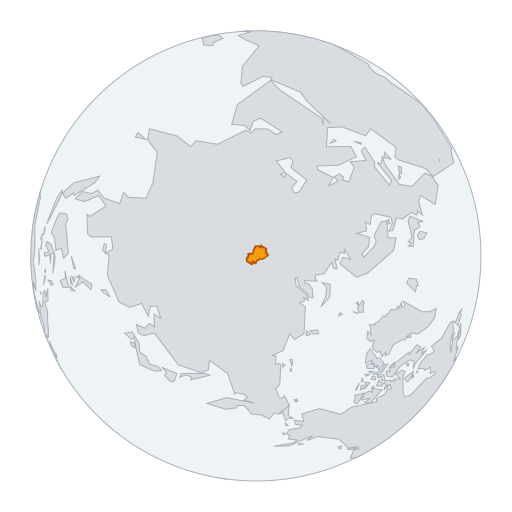 Novosibirsk on an orthographic globe, rotated 136°
{"feature_id": "RUS-2403", "entity_name": "Novosibirsk", "entity_type": "Region", "adm_level": 1, "iso_a3": "RUS", "parent_name": "Russia", "parent_adm1": "", "projection": "orthographic", "projection_center": [80.57, 55.289], "detail": "fine", "context": "on_globe", "style": "filled", "palette": "amber", "viewbox_px": 512, "rotation_deg": 136, "n_neighbors": 0, "source": "natural_earth", "source_scale": "10m", "svg_char_len": 14819}
<svg xmlns="http://www.w3.org/2000/svg" viewBox="0 0 512 512"><g transform="rotate(136 256 256)"><circle cx="256" cy="256" r="225" fill="#eef3f6" stroke="#a8b0b8"/><path d="M315.5,38.7L323.0,41.0L328.5,45.0L320.1,48.7L316.3,46.1L314.7,47.7L319.4,51.2L322.8,53.3L323.6,66.6L337.1,83.3L347.4,87.8L340.3,87.7L364.0,96.3L375.2,106.7L358.8,95.5L354.2,94.9L359.9,102.0L356.5,103.0L357.3,107.1L352.6,107.8L343.4,101.7L340.2,102.1L344.4,107.2L342.5,111.4L336.7,103.8L332.7,110.4L316.5,102.3L304.9,83.1L292.2,80.8L270.2,67.3L268.5,69.9L259.0,67.0L253.5,69.0L251.0,66.3L248.7,70.3L252.0,72.4L252.1,75.0L249.2,76.5L245.5,73.1L246.4,71.9L243.8,71.8L243.2,69.5L241.9,71.5L237.7,67.6L237.4,73.7L230.4,72.5L228.9,69.3L234.8,66.7L246.1,54.2L246.4,50.9L240.8,48.5L218.0,49.6L215.9,47.5L208.8,46.7L207.3,48.9L212.3,50.5L207.7,54.9L214.3,56.7L213.4,58.9L217.9,62.3L211.0,65.0L201.8,66.0L197.7,63.5L193.5,64.0L192.3,69.3L179.8,67.9L163.0,73.1L160.4,72.6L164.6,65.9L177.4,58.1L182.9,50.9L172.9,59.0L166.7,58.4L163.0,59.9L159.6,62.2L159.5,63.9L156.0,64.6L164.5,56.4L167.8,55.6L165.1,58.1L171.1,54.6L176.8,49.8L173.2,50.3L185.6,43.8L183.1,44.1L184.5,43.2L187.5,42.9L182.3,43.5L190.9,40.3L206.1,36.3L221.6,33.4L237.3,31.5L253.1,30.7L268.8,31.1L284.6,32.5L300.1,35.1L315.5,38.7ZM432.9,116.5L433.0,116.7L432.7,116.3L432.8,116.4L432.9,116.5ZM433.7,117.6L433.0,116.7L434.0,118.0L433.7,117.6ZM435.3,119.7L434.4,118.5L434.6,118.7L435.3,119.7ZM437.1,122.4L437.5,123.0L436.5,121.6L437.1,122.4ZM324.9,54.1L319.8,51.3L316.9,47.9L321.5,50.1L324.9,54.1ZM329.9,61.6L326.6,60.3L328.7,58.1L330.0,59.5L329.9,61.6ZM355.5,91.1L352.1,87.6L356.6,90.7L355.5,91.1ZM358.2,107.6L360.3,108.4L359.8,110.2L358.2,107.6ZM221.5,60.6L219.7,61.4L219.8,60.3L221.5,60.6ZM225.1,61.4L226.4,59.6L228.3,59.7L227.4,60.8L225.1,61.4ZM352.2,113.1L350.8,116.0L350.7,111.9L352.2,113.1ZM223.0,63.6L231.5,60.2L234.8,60.5L234.3,65.1L223.0,63.6ZM348.9,117.1L345.6,124.7L350.0,126.9L335.8,125.4L343.3,119.2L342.4,113.6L345.6,116.9L348.9,117.1ZM254.4,72.5L250.7,70.3L256.5,70.8L254.4,72.5ZM258.1,72.2L275.8,70.8L279.7,75.1L273.0,74.5L280.3,79.2L273.6,81.9L268.0,80.0L266.8,76.6L265.1,80.3L258.1,72.2ZM328.5,123.5L326.3,124.6L326.8,122.3L328.5,123.5ZM252.6,76.0L255.9,75.2L259.5,78.8L253.7,81.1L254.4,79.2L252.6,76.0ZM285.6,79.3L287.3,82.5L282.3,85.5L282.2,87.3L273.7,82.4L285.6,79.3ZM252.1,79.1L250.7,82.2L246.3,81.9L249.7,77.1L252.1,79.1ZM262.9,78.9L264.4,80.8L261.7,80.4L262.9,78.9ZM229.8,83.2L233.6,81.9L235.8,83.6L229.8,83.2ZM250.5,83.3L252.0,83.4L253.3,84.0L251.5,86.0L250.5,83.3ZM270.8,85.0L268.4,85.7L274.0,87.1L270.5,89.6L265.5,86.0L266.1,88.7L265.1,89.5L262.2,85.7L270.8,85.0ZM253.7,89.8L246.0,86.5L238.5,88.3L236.3,86.8L248.8,84.1L253.7,89.8ZM258.9,87.7L255.2,88.6L254.3,86.1L256.4,83.9L258.9,87.7ZM269.9,92.7L276.6,89.8L277.5,90.7L269.9,92.7ZM251.6,90.8L253.5,91.6L251.2,91.2L251.6,90.8ZM264.5,92.6L266.7,91.4L267.7,92.5L264.5,92.6ZM255.4,94.4L252.9,93.2L254.2,91.6L255.4,94.4ZM259.7,94.0L260.4,95.8L256.2,91.8L260.5,93.2L259.7,94.0ZM265.0,93.9L266.3,94.1L263.9,94.2L265.0,93.9ZM251.8,101.3L246.2,96.6L249.1,93.0L254.2,98.0L251.8,101.3ZM53.8,355.4L53.3,353.7L50.4,345.7L42.1,316.4L43.6,310.0L42.4,302.1L39.3,295.3L38.5,285.8L37.1,280.7L31.4,250.9L32.5,233.4L40.3,197.9L43.3,195.5L48.8,185.6L73.5,190.2L73.3,201.2L86.6,226.0L87.3,230.9L79.8,236.7L85.0,267.7L93.7,266.5L104.3,288.8L115.2,298.7L129.5,285.6L111.8,269.0L114.6,257.7L133.5,263.9L149.8,278.6L151.5,274.8L146.0,258.9L154.8,256.0L144.7,252.8L145.1,258.7L138.8,257.1L138.1,251.7L141.2,250.8L137.7,244.9L123.7,251.5L122.6,258.2L110.3,248.1L107.2,258.5L102.1,258.7L105.4,241.3L108.9,237.6L110.8,213.7L106.0,216.6L103.9,239.5L102.3,235.2L95.8,240.0L99.5,233.0L103.1,207.9L95.4,197.7L76.8,198.2L74.1,191.3L75.8,180.4L91.3,168.6L95.6,185.5L101.2,182.1L107.8,170.0L108.5,176.3L111.8,173.7L114.1,179.7L124.8,180.6L128.3,186.0L139.6,179.3L143.0,181.4L135.3,184.6L131.9,190.1L141.5,204.0L145.4,204.6L152.0,199.3L153.8,204.1L159.0,197.2L168.0,202.5L161.3,190.4L168.9,184.5L178.2,184.1L179.5,180.2L164.3,180.8L159.4,183.1L157.0,188.5L142.4,193.7L137.6,190.5L148.3,177.3L142.6,171.7L153.5,164.4L187.8,166.2L198.4,171.0L201.1,192.3L194.5,194.6L190.2,188.0L187.6,200.0L190.9,196.2L192.5,200.3L200.1,196.2L201.5,199.0L206.3,190.5L208.9,193.5L205.8,198.9L219.3,195.9L226.6,201.0L229.0,199.0L229.4,195.5L238.4,204.6L239.8,202.7L237.4,199.0L238.4,193.1L243.9,186.4L246.7,189.9L245.1,192.8L246.0,204.4L241.4,211.9L243.1,212.7L247.8,207.0L246.7,192.8L249.2,187.8L250.7,194.3L250.3,191.5L252.4,190.1L257.1,192.2L255.9,185.0L275.4,166.8L286.5,169.3L285.6,176.8L302.2,169.1L313.4,173.4L311.1,169.9L317.5,164.4L314.1,162.9L313.5,160.8L328.3,147.0L334.0,146.8L337.8,137.6L336.7,135.9L332.7,135.5L335.8,125.4L350.0,126.9L351.9,130.6L359.5,129.5L362.8,138.3L369.0,145.4L368.2,156.4L373.2,161.4L375.7,160.4L384.3,166.8L393.7,184.0L375.4,174.4L359.3,151.2L364.9,160.8L360.5,160.1L360.6,164.5L364.9,171.4L367.3,171.3L358.0,191.3L362.0,213.3L369.4,207.2L376.4,209.9L387.5,231.7L382.6,271.1L391.9,276.7L394.1,282.6L389.5,289.9L386.2,281.3L379.5,281.4L378.3,275.7L369.8,285.1L367.8,277.4L362.2,288.8L367.0,293.3L375.2,287.6L371.2,301.3L382.6,306.9L386.5,318.3L376.1,345.6L361.6,358.2L361.2,362.0L354.1,360.5L346.7,370.2L361.4,384.1L361.7,389.2L348.7,403.3L348.0,399.9L329.3,396.0L327.1,408.6L341.4,414.1L346.4,422.7L336.0,422.7L330.8,415.0L324.1,413.3L324.9,403.0L317.6,388.4L307.0,393.5L306.9,386.8L295.1,374.1L279.4,380.2L255.1,399.0L253.2,415.1L244.2,421.4L229.5,397.3L227.0,380.1L219.1,380.6L206.1,363.1L176.1,353.6L174.2,347.9L168.1,348.0L159.3,339.2L157.3,329.6L150.9,327.1L156.9,352.0L164.1,354.8L173.3,350.3L173.4,357.9L182.1,367.5L164.1,377.9L123.4,372.1L123.4,358.8L113.1,309.3L115.7,306.0L115.8,305.5L115.9,304.5L110.9,309.1L110.5,299.3L111.7,332.1L110.2,343.2L122.8,372.4L120.6,373.1L125.9,380.2L147.6,387.0L146.9,390.7L134.2,401.8L107.6,405.0L113.5,419.1L115.5,426.9L104.1,420.9L110.3,427.7L106.7,424.7L94.0,412.6L82.3,399.5L71.7,385.5L62.2,370.8L53.8,355.4ZM58.7,196.3L56.5,198.6L58.7,196.3ZM163.1,303.1L175.5,310.3L176.9,296.1L181.9,297.8L180.5,292.5L177.0,295.0L174.8,281.0L182.7,280.5L184.8,274.7L180.7,272.1L166.6,275.4L169.6,295.3L163.7,298.3L163.1,303.1ZM166.2,58.9L165.4,59.5L161.7,61.7L162.7,60.4L166.2,58.9ZM149.3,74.1L144.1,75.0L148.5,73.3L149.0,71.4L158.9,65.7L159.6,72.1L157.5,70.1L149.3,74.1ZM172.3,60.5L166.0,63.0L172.9,60.0L172.3,60.5ZM127.3,154.2L125.6,158.5L121.1,159.9L116.8,154.1L123.2,151.9L127.3,154.2ZM124.4,164.5L136.3,153.7L139.5,157.2L135.7,157.0L136.6,160.5L130.7,161.1L122.2,175.5L117.6,177.8L112.0,165.1L116.3,167.8L117.6,163.2L124.4,164.5ZM160.9,123.2L166.1,119.5L166.4,131.8L161.5,133.9L156.8,127.9L159.8,122.0L160.9,123.2ZM220.6,72.7L222.5,71.2L223.6,72.0L222.7,74.0L220.6,72.7ZM231.4,82.4L213.0,80.6L214.4,78.6L202.0,80.4L200.7,76.0L208.7,75.0L198.5,73.2L205.2,70.5L197.9,69.9L215.9,68.0L221.5,65.8L215.8,69.9L216.8,73.8L219.0,74.9L229.3,76.5L241.9,74.1L245.0,78.1L243.8,81.5L241.2,82.6L240.0,79.6L237.4,83.3L233.8,79.9L231.4,82.4ZM228.0,124.1L227.7,119.3L221.9,127.8L218.2,123.8L217.8,125.0L212.8,123.7L205.9,124.5L205.1,122.1L202.8,123.4L199.4,122.8L195.9,123.9L193.2,120.1L188.8,121.2L190.1,118.9L183.1,121.9L187.1,118.0L183.1,117.0L181.4,121.3L175.3,100.4L169.7,95.3L162.8,93.2L170.5,87.4L181.9,85.8L193.7,87.4L198.0,93.4L200.7,89.9L203.6,91.9L200.3,93.8L207.1,92.0L208.6,94.2L219.2,96.8L228.1,93.2L232.2,94.3L229.4,96.7L235.4,96.1L233.0,101.6L235.9,102.5L236.3,109.1L229.3,113.6L233.0,114.4L233.5,119.6L228.0,124.1ZM251.7,103.1L244.1,109.1L238.4,109.9L240.0,98.2L237.7,96.6L238.6,89.6L246.9,88.6L245.9,90.7L246.9,92.5L243.9,92.0L247.0,93.8L245.7,96.8L247.7,99.0L244.7,100.2L251.7,103.1ZM91.7,231.4L92.9,234.4L95.6,238.0L91.5,241.2L91.7,231.4ZM93.8,214.2L95.4,216.0L91.0,221.9L89.8,219.0L93.8,214.2ZM100.1,212.2L95.8,215.7L97.4,212.0L100.1,212.2ZM137.2,186.1L139.4,187.9L138.1,189.5L135.2,190.3L137.2,186.1ZM210.0,150.0L210.8,146.7L212.3,146.7L217.9,141.1L221.1,143.9L219.0,148.3L210.0,150.0ZM124.4,285.7L119.0,286.0L118.4,283.0L120.3,283.5L124.4,285.7ZM102.8,263.3L106.0,270.7L101.7,264.1L102.8,263.3ZM214.4,152.1L216.4,149.4L216.8,152.5L214.4,152.1ZM223.8,145.7L224.9,148.8L222.2,143.6L223.8,145.7ZM147.0,444.3L143.3,450.2L134.5,445.1L129.4,440.7L128.5,435.5L137.7,438.9L141.3,437.4L147.0,444.3ZM394.0,420.4L399.2,417.5L398.9,418.1L394.0,420.4ZM388.6,422.1L394.8,418.6L387.3,423.8L388.6,422.1ZM397.2,417.2L403.5,412.2L406.2,409.6L405.6,410.9L397.2,417.2ZM384.3,424.5L359.8,435.8L349.8,438.2L352.4,435.5L368.6,429.5L384.3,424.5ZM351.6,435.7L336.0,435.1L313.0,422.0L321.3,420.7L345.0,425.9L343.5,428.2L353.0,429.7L351.6,435.7ZM388.3,409.1L386.8,415.2L373.5,421.4L367.3,423.3L363.1,418.0L365.5,413.2L370.6,411.2L389.2,388.2L396.0,388.0L390.6,396.9L396.0,399.0L388.3,409.1ZM254.4,416.6L260.2,425.5L255.1,426.8L254.4,416.6ZM395.7,373.7L388.9,384.4L394.8,371.9L395.7,373.7ZM398.6,362.9L399.6,366.1L396.1,364.6L398.6,362.9ZM362.0,367.2L356.6,370.2L356.0,367.6L362.5,362.3L362.0,367.2ZM389.4,327.7L391.2,335.9L390.8,339.2L387.5,335.7L389.4,327.7ZM244.5,174.4L233.1,178.9L227.0,184.5L226.9,191.2L222.2,183.9L231.5,175.3L244.5,174.4ZM271.2,167.2L271.3,161.8L274.5,163.1L274.9,164.5L271.2,167.2ZM269.0,164.7L263.0,160.1L265.1,156.4L269.4,160.7L269.0,164.7ZM238.3,155.6L234.7,156.6L234.5,154.0L238.3,155.6ZM365.9,452.6L365.5,452.3L368.0,451.0L369.9,448.3L393.2,432.2L410.7,414.2L420.4,406.4L429.7,393.2L438.6,383.9L434.1,392.0L441.2,384.2L451.4,365.3L451.2,368.5L442.0,383.2L431.6,397.1L420.3,410.1L408.0,422.3L394.8,433.5L380.7,443.6L365.9,452.6ZM406.9,412.3L414.6,403.5L418.4,400.2L406.9,412.3ZM474.6,310.5L474.2,311.9L474.4,311.2L474.7,310.2L474.6,310.5ZM473.7,313.8L473.0,315.8L473.1,315.3L473.7,313.8ZM461.0,344.6L464.3,341.5L460.7,348.8L457.0,353.0L452.4,362.4L443.0,374.4L445.7,369.4L444.9,367.5L434.1,377.9L431.9,377.7L436.1,372.0L428.4,377.2L436.9,368.1L440.0,369.9L444.6,361.0L451.7,353.1L458.0,345.6L462.3,341.3L461.0,344.6ZM436.2,379.1L437.5,377.7L436.1,380.4L436.2,379.1ZM471.6,318.5L472.6,316.8L472.4,317.9L471.8,319.5L471.6,318.5ZM463.5,338.6L468.4,325.6L469.4,323.4L466.0,334.1L463.5,338.6ZM467.6,325.1L469.5,321.4L470.3,321.4L469.8,322.9L467.6,325.1ZM419.0,390.4L418.5,392.1L416.2,392.9L419.0,390.4ZM422.1,387.2L428.9,382.7L421.3,388.9L422.1,387.2ZM399.6,398.1L401.9,400.2L409.0,393.3L403.5,400.1L408.0,402.3L406.2,405.4L401.9,402.8L399.7,409.8L396.5,411.7L395.1,407.6L398.6,399.0L401.7,394.2L414.3,384.5L399.6,398.1ZM422.2,383.0L420.3,380.4L421.6,376.5L423.7,377.1L422.2,383.0ZM414.1,374.2L408.3,372.6L403.7,377.9L412.6,363.7L416.7,367.7L414.1,374.2ZM408.3,365.5L404.0,370.4L408.1,362.8L408.3,365.5ZM402.6,369.3L401.5,365.7L405.2,363.9L402.6,369.3ZM410.7,364.0L410.6,356.7L412.9,359.5L410.7,364.0ZM398.5,357.6L407.4,359.3L396.8,362.9L393.7,349.5L398.1,346.5L398.5,357.6ZM406.3,281.7L403.8,277.9L407.0,273.9L407.8,277.6L406.3,281.7ZM415.0,258.6L407.0,271.7L400.1,282.4L403.5,282.5L404.1,291.6L397.8,287.5L400.7,274.4L406.4,267.7L404.8,260.3L407.5,251.9L403.2,244.4L403.6,239.0L409.2,243.9L415.0,258.6ZM401.1,241.4L394.5,226.5L401.6,222.7L404.7,225.1L404.7,233.5L400.9,235.0L401.1,241.4ZM395.0,221.9L391.3,223.3L373.9,206.6L372.0,202.2L389.0,212.3L386.4,214.3L389.4,219.2L395.0,221.9ZM328.2,126.1L326.5,124.7L329.0,124.9L328.2,126.1ZM311.4,160.1L311.0,157.3L314.0,157.4L311.4,160.1ZM311.5,149.8L308.5,151.6L310.5,148.2L311.5,149.8ZM301.8,156.1L306.7,151.6L303.7,158.0L301.8,156.1Z" fill="#d9dde1" stroke="#a8b0b8" stroke-width="1"/><path d="M247.0,260.3L247.3,260.0L247.3,259.9L247.4,259.7L247.5,259.6L247.4,259.5L247.4,259.4L247.4,259.2L247.6,259.2L247.3,259.1L247.1,259.1L247.0,259.4L246.8,259.4L246.6,259.5L246.1,259.4L245.9,259.5L245.9,259.8L244.8,260.2L244.9,258.6L245.1,258.5L245.2,258.4L245.2,258.1L245.2,257.9L245.0,258.0L244.9,257.9L244.9,257.6L244.7,257.5L244.5,257.4L244.6,257.1L244.2,257.1L244.2,256.9L244.3,256.7L244.3,256.4L244.2,256.4L244.2,256.2L244.1,255.9L244.1,255.7L243.9,255.4L243.8,255.2L244.0,254.9L244.3,254.7L244.1,254.4L243.9,254.3L244.2,254.1L244.0,253.9L243.9,253.7L244.0,253.7L244.2,253.8L244.5,253.7L244.4,253.4L244.4,253.2L244.9,252.8L245.0,252.6L245.3,252.6L245.4,252.4L245.5,252.3L245.9,252.4L246.0,252.2L246.3,252.2L246.3,252.3L246.5,252.2L246.6,251.9L246.5,251.7L246.3,251.7L246.2,251.3L246.3,251.3L246.4,251.2L246.2,251.0L245.9,251.1L245.8,250.9L246.1,250.7L246.2,250.4L246.4,250.4L246.5,250.3L246.8,250.1L246.7,249.5L246.7,249.3L246.7,249.2L246.6,248.8L246.5,248.1L248.0,248.2L248.2,248.3L251.5,248.6L253.9,249.5L255.3,251.4L255.4,251.5L257.2,251.1L257.4,251.2L257.9,251.7L258.1,252.2L259.0,251.8L259.4,251.8L259.8,251.8L259.9,251.7L260.0,251.6L260.3,251.6L260.6,251.4L260.8,251.5L260.9,251.4L260.8,251.1L261.0,251.0L261.3,251.1L261.4,250.9L261.8,251.3L261.8,251.5L261.6,251.6L261.7,251.8L261.6,252.0L261.5,252.3L261.7,252.2L261.8,252.3L261.7,252.3L261.6,252.5L261.8,252.7L262.0,252.7L261.8,252.9L262.0,253.1L262.1,253.3L262.3,253.5L262.2,253.5L262.0,253.9L261.9,254.1L262.0,254.3L262.1,254.2L262.3,254.1L262.3,254.3L262.4,254.2L262.5,254.2L262.6,254.3L262.8,254.2L262.9,253.9L262.9,253.7L263.0,253.6L263.3,253.4L263.4,253.2L263.5,253.0L264.0,252.8L264.2,253.0L264.3,253.0L264.4,252.8L264.7,252.8L264.7,253.0L264.8,253.1L264.6,253.1L264.7,253.3L264.7,253.5L264.8,253.6L265.0,253.8L264.8,254.0L265.0,254.2L265.2,254.4L265.3,254.7L265.3,254.8L265.2,254.9L265.3,255.0L265.1,255.3L265.4,255.3L265.5,255.3L265.6,255.7L265.5,255.9L265.7,256.1L265.8,256.2L265.8,256.7L265.8,256.8L265.7,256.9L265.8,257.0L266.1,257.2L266.2,257.3L266.2,257.5L265.9,257.8L266.1,257.9L266.2,258.1L266.0,258.4L266.3,258.9L265.4,259.5L265.2,259.8L265.2,260.0L264.9,260.3L264.9,260.2L264.7,260.1L264.4,260.1L264.2,260.1L264.0,260.3L263.9,260.3L263.7,260.5L263.7,260.4L263.3,260.4L263.2,260.4L262.9,260.4L262.7,260.6L262.8,261.0L262.7,261.0L262.3,260.6L262.2,260.6L262.2,260.8L262.1,260.7L261.8,261.0L261.7,261.1L261.0,261.8L260.9,262.2L260.8,262.3L260.6,262.7L260.6,262.8L260.5,263.1L260.4,263.1L260.3,262.9L260.1,262.8L259.9,262.6L259.7,262.6L259.8,262.3L259.8,262.2L259.7,262.3L259.3,262.2L259.1,262.1L258.9,262.2L258.8,261.9L258.7,261.7L259.0,261.4L259.0,261.2L258.8,261.2L258.7,261.1L258.4,261.2L258.3,261.3L258.3,261.1L258.2,260.9L258.0,260.7L257.8,260.7L257.7,260.7L257.4,260.6L257.2,260.2L256.9,259.6L256.6,259.7L256.5,259.8L256.6,260.0L256.4,260.0L256.2,260.3L255.9,260.4L255.9,260.5L255.7,260.6L255.4,260.7L255.4,260.8L255.2,260.9L254.8,260.9L254.8,261.0L254.4,261.3L254.3,261.5L254.2,261.7L253.9,261.7L253.8,261.9L253.8,262.0L253.7,262.1L253.3,262.3L253.2,262.1L253.0,262.3L252.9,262.3L252.6,262.3L252.5,262.2L252.4,262.3L252.1,262.3L251.7,262.4L251.4,262.5L251.5,262.8L251.4,262.9L251.1,262.9L250.9,263.0L250.6,262.9L250.5,262.5L250.4,262.5L249.9,262.6L249.8,262.9L250.1,262.9L250.1,263.0L249.9,263.1L249.9,263.3L249.7,263.4L249.5,263.6L249.1,263.1L246.7,260.9L246.6,260.6L246.3,260.2L246.6,260.1L246.9,260.3L247.0,260.3Z" fill="#f59e0b" stroke="#b45309" stroke-width="1.5"/></g></svg>